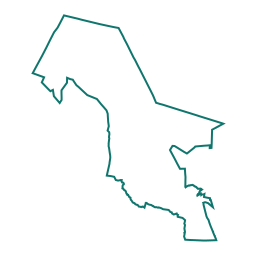 the district of Múzquiz, Coahuila, Mexico
{"feature_id": "50627088B33107431183944", "entity_name": "Múzquiz", "entity_type": "district", "adm_level": 2, "iso_a3": "MEX", "parent_name": "Mexico", "parent_adm1": "Coahuila", "projection": "robinson", "projection_center": [-101.589, 28.349], "detail": "fine", "context": "isolated", "style": "outline", "palette": "teal", "viewbox_px": 256, "rotation_deg": 0, "n_neighbors": 0, "source": "geoboundaries", "source_scale": "gbopen_adm2", "svg_char_len": 4810}
<svg xmlns="http://www.w3.org/2000/svg" viewBox="0 0 256 256"><path d="M216.3,240.2L216.1,239.6L215.9,238.9L215.8,238.7L215.7,238.5L215.6,238.2L215.4,237.8L215.3,237.4L214.9,236.6L214.8,236.3L214.8,236.1L214.7,236.1L214.5,235.7L212.9,231.8L213.0,231.5L212.8,231.4L210.6,226.1L209.5,223.1L208.9,221.2L208.6,220.1L207.1,217.8L206.5,216.4L203.6,205.0L203.4,203.0L203.3,202.8L205.0,202.2L205.6,202.3L208.0,203.1L212.9,207.2L210.7,199.8L210.0,199.8L210.0,198.2L207.2,197.7L204.0,197.0L204.4,194.0L204.2,194.1L203.7,194.5L202.9,194.4L202.6,194.4L202.2,194.5L201.9,194.6L201.7,194.6L201.5,194.8L201.4,194.8L201.2,195.0L200.9,193.6L198.2,195.1L197.4,195.6L197.3,195.2L197.5,195.0L197.5,194.9L197.7,194.6L197.9,194.4L197.9,194.1L198.1,193.9L198.3,193.8L198.7,193.5L198.9,193.2L199.2,193.0L199.2,192.9L199.3,192.7L199.5,192.4L199.5,192.2L199.4,192.0L199.5,191.8L199.7,191.7L199.7,191.4L199.9,191.2L200.0,190.8L200.1,190.7L200.3,190.6L200.5,190.4L200.9,190.4L201.0,190.3L201.2,190.2L201.3,190.1L201.4,189.9L201.4,189.7L201.9,189.5L201.1,188.8L200.4,188.6L198.9,188.8L197.9,188.8L197.6,188.4L197.4,188.3L197.4,188.2L197.2,188.1L196.9,187.7L196.7,187.5L196.5,187.4L196.4,187.1L196.1,186.9L195.9,186.8L195.7,186.8L195.6,186.7L195.4,186.7L195.2,186.6L195.0,186.4L194.7,186.4L194.5,186.2L194.4,186.1L194.2,186.0L194.2,185.9L194.0,185.7L193.8,185.6L193.7,185.5L193.5,185.4L193.4,185.4L193.1,185.1L192.9,185.1L192.7,185.1L192.4,185.0L192.3,184.9L192.2,184.9L192.0,185.0L191.9,185.0L191.7,185.1L191.4,185.1L191.2,185.1L190.9,185.1L190.6,185.2L190.3,185.2L190.2,185.3L190.0,185.5L189.7,185.6L189.1,185.6L188.9,185.4L188.6,185.5L188.3,185.6L188.2,185.7L188.1,185.8L187.9,185.9L187.7,185.9L187.5,186.0L187.4,186.1L187.2,186.1L187.0,186.3L186.9,186.4L186.7,186.4L186.5,186.5L186.4,186.5L186.2,186.7L186.2,186.8L186.0,187.0L185.9,187.0L185.7,187.2L185.6,187.3L185.3,186.9L185.4,182.9L185.4,182.0L185.5,177.0L185.2,173.8L184.9,168.7L180.0,168.8L177.4,164.0L175.8,160.9L174.6,158.6L173.0,155.6L170.4,150.8L170.0,150.0L172.5,145.9L174.5,146.0L175.9,146.8L183.9,151.8L186.9,153.5L187.7,152.9L191.6,149.8L194.3,147.6L195.3,146.5L204.4,145.7L207.5,145.5L210.5,145.2L210.6,145.3L209.9,145.9L209.8,146.9L209.7,147.4L209.7,148.1L211.5,147.9L211.7,143.5L211.8,139.9L212.1,129.7L223.3,123.7L222.2,123.3L211.3,119.9L199.4,116.2L197.6,115.6L190.6,113.4L182.2,110.8L174.2,108.3L169.1,106.7L162.8,104.7L160.9,104.2L159.7,103.9L157.9,103.3L156.1,102.8L155.2,100.7L154.7,99.5L154.4,98.8L154.1,98.0L153.0,95.4L151.9,93.2L151.3,92.0L150.4,90.2L147.5,84.5L146.9,83.3L143.7,77.0L139.4,68.5L138.5,66.9L137.5,64.9L135.0,59.9L133.6,57.6L127.2,44.6L124.2,38.9L124.0,38.6L123.4,37.0L118.6,28.0L118.2,27.9L114.8,27.3L112.8,26.9L105.7,25.4L99.7,24.1L81.5,19.7L77.8,18.7L65.6,15.8L64.0,15.4L60.7,21.8L58.8,25.4L57.5,27.8L54.1,32.2L50.2,39.8L46.3,47.7L42.0,56.0L35.7,67.6L32.7,73.2L44.1,77.3L41.8,82.4L47.9,88.7L50.4,91.2L52.9,89.9L53.9,96.2L56.8,99.6L59.7,103.0L61.6,99.9L61.6,97.7L61.5,93.0L61.5,90.3L67.0,82.7L67.1,77.8L70.2,79.1L72.8,79.7L73.4,80.7L76.4,85.2L78.5,86.9L87.3,95.1L96.9,99.0L101.1,104.2L103.6,107.0L106.5,110.4L107.7,113.7L107.8,115.9L108.2,121.9L108.8,126.2L107.6,130.6L108.1,131.1L109.2,132.2L109.4,134.2L109.1,136.0L109.0,137.3L109.3,138.2L109.2,139.2L109.0,140.0L109.0,140.7L108.8,141.9L108.7,143.0L108.6,143.5L108.7,143.8L108.6,146.2L109.1,148.2L109.7,152.5L110.2,155.6L110.3,157.8L109.5,163.0L109.5,163.7L106.8,175.6L110.9,176.1L114.2,176.8L115.8,180.0L118.1,180.6L120.9,180.0L121.7,180.1L121.4,181.0L121.5,181.4L121.7,181.8L122.1,182.4L122.5,182.3L122.9,182.5L123.4,182.9L123.8,183.4L123.8,184.2L123.5,184.2L123.1,184.8L122.6,185.7L122.5,186.4L122.7,187.2L122.5,187.6L122.4,188.4L123.5,189.0L124.2,190.1L124.6,190.2L124.9,190.5L125.4,190.7L126.0,191.9L126.4,193.5L126.8,194.0L127.2,194.1L127.4,194.9L127.9,194.8L128.2,194.9L129.1,196.9L129.8,197.2L130.5,197.7L130.4,198.8L130.8,199.4L131.0,200.0L131.4,200.3L132.3,201.7L132.6,202.3L133.1,202.6L133.4,202.9L134.0,202.9L134.7,203.3L134.9,203.8L136.1,204.6L136.6,204.7L136.9,204.9L137.6,204.9L138.9,206.6L140.0,206.7L140.4,206.8L141.2,207.1L142.2,206.6L142.6,206.8L143.0,206.6L143.5,207.1L143.8,207.1L144.3,207.3L144.5,207.5L145.7,203.5L145.7,203.0L146.0,202.8L146.7,203.0L147.5,203.8L148.5,204.3L149.2,204.6L151.2,205.0L151.3,205.0L151.7,205.2L152.3,205.8L152.8,206.1L153.2,206.0L154.5,207.1L155.3,207.3L156.0,207.1L156.8,207.3L158.1,207.7L158.6,207.4L159.7,207.7L161.0,208.1L162.0,208.6L162.8,209.1L163.1,209.2L168.3,209.9L168.7,210.0L170.4,212.0L171.7,212.3L172.1,213.5L173.8,214.5L176.7,213.5L177.1,214.5L178.0,214.9L177.6,216.0L177.7,216.8L182.5,217.9L185.1,220.2L184.7,222.3L184.3,223.6L185.0,225.0L184.4,228.5L185.0,232.1L184.3,232.9L184.7,233.5L184.1,236.5L185.2,239.7L190.3,240.0L202.6,240.5L204.4,240.5L206.9,240.5L216.3,240.2Z" fill="none" stroke="#0f766e" stroke-width="2"/></svg>